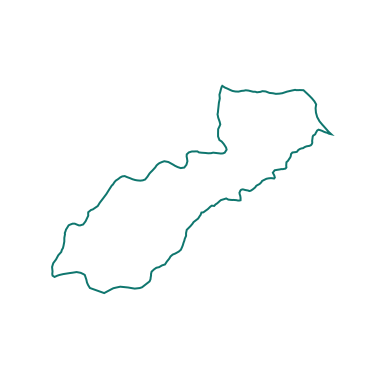 outline of Ose, Ondo, Nigeria, rotated 33°
{"feature_id": "59680162B83455285452940", "entity_name": "Ose", "entity_type": "district", "adm_level": 2, "iso_a3": "NGA", "parent_name": "Nigeria", "parent_adm1": "Ondo", "projection": "mercator", "projection_center": [5.755, 7.05], "detail": "fine", "context": "isolated", "style": "outline", "palette": "teal", "viewbox_px": 384, "rotation_deg": 33, "n_neighbors": 0, "source": "geoboundaries", "source_scale": "gbopen_adm2", "svg_char_len": 4307}
<svg xmlns="http://www.w3.org/2000/svg" viewBox="0 0 384 384"><g transform="rotate(33 192 192)"><path d="M236.2,173.5L237.2,172.5L236.5,171.3L235.6,170.1L234.4,168.8L233.4,168.1L232.2,166.8L231.8,164.4L232.0,163.4L232.8,162.4L233.7,161.9L235.4,161.4L237.1,160.7L238.3,160.2L239.5,160.0L240.5,159.0L241.5,156.8L242.0,155.3L242.5,153.6L242.5,152.1L242.8,151.2L244.3,148.5L244.8,146.3L244.8,144.5L245.5,143.3L246.5,141.6L247.2,140.4L248.7,138.9L250.6,137.4L251.9,136.7L253.5,136.0L253.6,134.8L252.1,133.4L249.3,131.8L249.5,128.8L250.2,128.1L251.5,126.9L253.4,125.2L254.4,124.2L255.9,123.2L256.4,122.7L257.6,121.5L257.8,120.3L257.8,120.0L256.6,118.5L255.0,115.6L255.5,113.6L255.5,110.4L255.6,109.7L255.3,108.2L254.4,106.2L254.7,104.2L256.1,103.0L257.3,102.0L258.1,101.1L258.3,98.8L259.1,97.1L260.0,95.9L261.3,94.7L262.0,93.0L263.2,91.3L264.4,90.2L265.2,89.5L266.2,88.1L266.4,86.9L266.2,85.6L265.7,84.6L265.0,83.9L264.3,82.4L263.6,80.9L263.1,79.9L262.9,78.7L263.4,77.7L263.9,76.5L263.7,75.5L263.5,72.3L264.2,70.8L265.9,70.3L267.6,69.9L270.0,69.6L271.7,69.2L273.1,68.7L275.1,68.5L277.3,67.7L273.8,67.1L269.9,66.0L267.0,65.2L265.6,64.8L265.4,64.8L260.5,63.3L256.2,61.0L252.7,57.9L250.0,54.4L248.4,50.9L247.8,50.6L245.3,49.3L244.0,48.9L241.8,48.2L238.3,47.4L234.6,46.7L233.9,46.6L230.1,45.9L229.4,46.3L227.4,47.5L223.9,49.8L222.8,50.2L220.8,52.2L217.0,56.1L213.9,60.0L211.6,62.0L208.9,64.0L206.1,65.1L203.0,66.7L199.2,67.5L198.5,67.8L196.1,69.1L194.9,70.7L192.2,73.0L190.6,73.4L188.7,74.6L186.4,75.4L184.1,76.2L181.7,77.4L180.2,78.9L178.6,80.1L176.3,82.5L173.6,84.1L170.9,85.2L168.6,85.6L165.5,86.0L162.7,86.5L159.6,86.5L159.6,87.6L160.4,90.4L161.2,92.7L162.0,95.4L164.4,98.5L165.2,100.5L165.9,102.4L167.5,105.5L169.1,108.7L170.3,111.0L171.1,112.9L171.3,113.2L171.8,113.6L173.4,115.3L176.9,118.0L178.9,119.9L179.3,121.9L179.7,125.0L180.1,125.7L181.9,128.6L183.6,131.2L186.7,133.5L189.4,133.5L192.1,134.3L192.9,134.6L196.4,136.2L198.0,137.7L198.0,141.2L196.9,142.8L195.3,144.0L189.9,146.7L188.3,147.5L186.8,149.1L184.5,150.7L182.1,151.9L178.7,153.8L176.3,155.0L174.4,155.0L173.2,155.8L169.7,158.2L167.9,160.4L167.8,160.5L167.1,163.3L168.2,165.2L169.4,166.4L171.4,168.7L172.5,172.2L172.2,175.7L169.5,178.1L166.4,178.9L163.3,179.3L161.7,179.3L155.9,179.7L153.9,180.5L152.0,181.3L150.5,183.2L148.9,185.6L148.2,187.5L147.8,189.1L147.8,191.0L147.8,191.3L147.4,193.8L147.0,196.1L146.7,197.3L146.3,199.6L146.3,203.5L145.9,207.0L144.4,209.0L142.5,210.6L139.7,212.1L137.8,212.9L135.1,213.7L132.8,214.1L129.3,214.9L126.9,215.3L125.0,216.9L123.9,218.8L123.1,221.2L121.9,223.9L121.6,225.9L121.6,229.0L121.2,230.2L121.2,231.7L121.2,235.2L121.3,240.3L120.9,246.1L120.5,251.2L120.6,255.1L118.3,260.6L117.1,262.1L116.0,265.5L116.9,267.0L117.9,268.4L118.7,274.6L118.4,278.5L116.4,280.9L115.3,281.6L113.3,282.0L111.0,282.4L109.1,283.6L108.1,285.0L107.9,285.2L106.7,287.1L106.8,290.6L106.8,292.2L107.2,293.4L107.7,295.8L108.4,296.4L109.4,298.8L109.9,300.0L111.9,303.1L113.5,307.0L114.3,309.3L114.4,311.5L115.0,313.5L114.3,317.9L114.7,322.6L114.4,327.2L114.8,328.7L115.5,331.1L118.3,334.6L119.5,336.9L120.6,338.1L123.0,338.1L124.5,335.7L126.0,333.8L128.7,331.0L132.6,327.5L133.6,326.6L135.7,324.8L138.8,322.0L142.7,320.4L145.8,320.0L147.3,320.0L151.2,323.1L152.6,324.5L153.2,325.1L155.5,326.6L157.6,327.6L158.6,328.1L159.9,327.8L160.4,327.7L173.4,324.6L177.1,317.9L178.4,315.6L180.3,313.6L182.2,311.7L183.4,310.5L190.4,306.9L193.9,305.4L196.6,304.2L200.5,301.0L202.0,299.1L205.1,290.1L204.7,287.8L203.9,286.2L203.1,284.3L202.3,283.1L201.5,280.8L202.3,277.6L203.3,275.1L203.4,274.9L203.6,274.8L203.9,274.4L205.3,273.0L206.9,269.8L208.2,268.2L208.8,267.5L208.8,264.0L209.2,260.5L209.2,260.1L209.1,257.7L209.9,255.0L211.5,252.7L213.4,249.1L213.8,247.5L214.0,247.0L214.1,246.6L214.1,246.4L213.7,243.7L213.3,241.7L212.5,239.0L212.1,237.1L211.4,235.1L210.9,232.0L209.4,229.7L208.2,226.6L209.3,221.5L209.7,218.4L209.7,216.4L210.5,214.1L211.6,211.0L211.6,209.0L211.6,207.4L211.7,206.6L211.1,204.1L212.6,202.9L213.1,201.6L213.5,200.5L213.7,200.0L213.9,199.5L214.6,197.7L215.4,194.2L216.0,192.7L218.2,191.6L218.5,189.6L219.2,188.1L219.7,186.4L220.2,184.4L220.7,183.0L223.4,179.8L223.7,179.4L224.2,178.8L226.6,178.6L229.0,177.4L230.2,176.7L231.4,175.9L233.6,174.7L235.0,174.2L236.2,173.5Z" fill="none" stroke="#0f766e" stroke-width="2"/></g></svg>